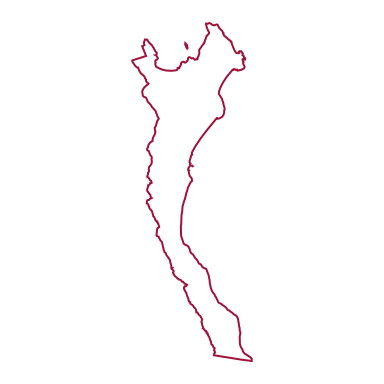 Yarrabah, Queensland, Australia
{"feature_id": "25037944B68165922230856", "entity_name": "Yarrabah", "entity_type": "district", "adm_level": 2, "iso_a3": "AUS", "parent_name": "Australia", "parent_adm1": "Queensland", "projection": "natural_earth1", "projection_center": [145.904, -17.017], "detail": "fine", "context": "isolated", "style": "outline", "palette": "rose", "viewbox_px": 384, "rotation_deg": 0, "n_neighbors": 0, "source": "geoboundaries", "source_scale": "gbopen_adm2", "svg_char_len": 5918}
<svg xmlns="http://www.w3.org/2000/svg" viewBox="0 0 384 384"><path d="M251.7,361.0L251.7,358.7L250.1,357.0L244.8,353.7L243.1,351.7L242.2,349.1L240.8,346.9L239.9,344.1L239.7,336.2L240.2,334.5L240.4,332.3L239.8,331.0L239.6,327.9L239.3,327.2L238.1,319.3L237.3,317.1L236.1,315.6L233.9,314.4L232.2,312.7L230.3,311.5L229.5,310.6L227.9,310.1L226.8,308.8L226.2,307.7L224.2,306.1L221.8,304.6L221.5,303.9L219.5,303.2L218.4,302.3L215.8,296.8L215.1,296.1L214.6,294.6L212.1,291.4L210.9,288.1L209.8,283.0L209.6,280.3L208.6,275.2L206.2,268.9L204.0,268.1L202.1,266.7L201.2,264.7L198.8,263.4L197.1,260.0L195.1,257.9L193.1,254.6L191.0,253.0L190.0,250.9L189.7,249.2L188.6,247.0L187.6,245.8L185.1,244.7L183.7,243.7L181.3,236.4L181.0,234.3L180.9,225.7L181.2,224.8L181.5,214.9L182.1,212.3L182.6,206.1L184.4,200.2L184.9,199.1L186.3,193.1L187.2,190.7L187.9,187.7L190.7,182.1L192.0,181.0L191.9,179.1L191.5,178.1L189.7,175.8L189.0,173.1L188.6,170.9L189.0,170.4L188.2,170.0L188.1,169.3L188.4,168.2L190.1,165.5L190.1,164.6L190.6,163.8L190.5,163.4L189.9,163.2L189.5,162.2L189.5,161.5L191.2,155.6L191.7,154.8L192.2,154.6L191.8,153.8L191.9,152.6L195.2,146.5L200.7,138.3L207.6,129.3L216.9,118.0L217.1,118.0L217.5,118.8L219.8,118.2L222.2,116.8L223.4,114.9L224.1,113.1L224.2,110.4L224.5,110.1L224.6,108.0L223.5,104.5L223.5,103.9L223.2,103.1L223.2,102.1L222.5,101.0L222.0,98.9L218.8,93.8L219.1,91.3L220.3,87.8L222.8,82.8L226.7,76.9L232.7,69.6L233.6,69.9L234.0,69.2L234.7,69.1L235.5,69.8L237.0,69.7L237.2,70.5L237.6,70.6L238.0,70.2L238.8,70.5L240.0,70.0L241.2,69.9L243.9,68.5L244.4,67.5L244.6,66.5L243.1,63.6L243.3,62.4L243.0,61.6L243.3,61.6L242.8,60.5L242.6,59.3L243.4,58.6L244.4,59.1L244.7,59.6L245.0,59.6L245.3,58.6L244.9,58.0L243.9,57.0L243.5,55.6L242.5,55.3L242.8,53.4L241.9,52.7L241.8,51.9L241.2,51.3L239.3,51.2L239.0,51.7L239.3,52.6L238.7,53.2L237.1,53.1L236.0,52.7L234.8,50.9L233.4,47.9L231.6,43.1L231.6,42.1L230.9,41.8L230.8,41.1L230.0,40.5L229.5,40.4L229.0,39.6L228.4,39.5L227.2,38.1L226.3,37.6L226.0,37.0L225.0,36.5L224.5,35.6L223.9,35.5L223.5,34.6L223.5,33.1L222.9,33.0L222.7,31.9L222.2,31.0L218.9,27.6L217.8,25.0L217.1,24.5L216.3,24.5L214.1,25.4L212.3,24.9L211.1,23.8L209.4,23.0L207.7,23.7L206.1,23.5L205.9,24.4L206.3,25.2L206.7,27.3L208.3,31.0L209.0,32.2L209.1,33.3L207.2,35.5L206.6,35.8L206.6,36.4L206.0,37.5L205.6,39.1L204.9,40.3L204.8,41.6L204.4,42.0L204.2,43.1L203.9,43.2L203.8,43.6L203.5,43.6L203.0,44.6L202.1,45.5L200.9,47.6L199.4,49.5L199.2,49.8L199.3,53.6L198.4,56.3L197.6,57.3L197.5,58.7L197.2,58.8L197.4,59.2L197.1,59.4L196.4,59.3L194.8,59.7L193.1,58.1L191.6,58.4L190.0,57.3L188.9,57.2L188.1,58.0L187.9,60.0L186.1,62.2L185.5,62.6L184.5,62.5L183.9,61.8L183.3,61.7L181.6,62.4L181.0,63.3L181.1,64.5L180.5,65.4L180.2,66.4L179.8,66.6L179.5,66.9L179.3,68.1L179.1,68.2L178.3,67.9L177.6,68.0L177.5,69.3L177.1,69.9L175.4,70.4L171.1,70.8L166.1,70.5L162.8,69.8L160.4,68.8L160.0,68.8L156.1,66.7L155.2,63.9L155.7,62.7L155.3,62.1L155.3,61.2L155.9,60.1L157.2,59.5L157.9,58.2L156.4,55.6L155.6,55.2L156.1,55.1L156.6,54.4L156.7,52.7L155.3,51.1L154.1,49.0L153.9,48.2L153.2,47.5L151.9,45.2L149.5,43.0L148.3,41.5L147.5,40.4L147.4,39.8L145.8,39.4L144.9,39.5L144.8,40.4L144.2,41.5L144.0,42.4L144.0,43.4L144.5,44.9L143.1,46.0L142.2,46.2L146.1,56.0L132.3,60.4L132.3,61.5L135.4,66.1L137.3,67.6L138.2,67.6L139.1,70.6L140.3,72.3L140.4,72.7L141.3,73.8L142.3,74.4L142.3,74.6L142.7,74.8L144.1,76.2L144.7,77.0L145.0,78.3L146.0,79.5L146.1,81.2L147.2,82.7L148.5,83.6L148.1,84.3L146.7,85.2L144.4,87.3L143.0,89.4L142.2,91.6L142.7,95.0L143.1,96.1L144.0,96.8L146.0,97.6L147.8,101.7L150.7,104.8L152.0,107.1L155.5,110.9L157.4,116.1L158.8,118.7L157.2,121.1L156.1,125.1L155.7,126.2L154.7,127.9L155.0,130.5L155.4,131.5L154.9,133.9L154.3,135.3L153.5,136.6L152.6,139.2L152.6,141.0L150.1,142.5L148.5,144.8L148.2,146.6L147.1,148.7L147.1,149.7L147.7,150.5L148.6,150.9L149.3,152.3L149.6,153.6L150.5,155.4L151.5,156.5L151.8,157.6L151.5,159.7L151.9,161.5L151.4,164.0L149.0,167.2L148.7,169.2L149.0,169.9L148.9,171.2L148.7,172.0L148.0,172.7L148.1,173.8L147.2,176.6L147.4,177.1L148.2,177.4L148.9,178.2L149.3,178.9L149.8,179.4L150.1,180.3L151.1,180.8L151.7,182.8L151.2,183.2L150.0,183.3L149.6,184.6L148.1,185.3L148.2,186.2L147.3,188.9L147.2,190.7L147.4,191.3L148.8,192.9L149.0,193.5L150.3,194.7L150.5,196.2L151.1,197.6L151.7,198.0L150.0,198.8L149.3,199.8L147.4,200.2L146.9,201.4L146.9,202.5L146.7,203.3L148.3,204.4L148.8,206.5L149.2,206.6L149.3,207.7L150.0,209.0L151.8,210.8L153.1,215.0L153.2,216.1L154.0,216.8L155.0,218.7L155.2,219.9L155.8,220.6L156.8,221.0L157.0,221.9L157.6,222.1L157.7,223.2L158.3,223.7L159.2,227.1L157.6,228.1L157.1,229.4L156.5,235.4L157.1,236.2L158.5,236.6L160.3,240.2L162.0,242.2L163.2,247.7L163.5,248.2L163.4,249.0L164.5,252.0L165.7,253.1L166.5,255.2L169.6,259.4L170.2,261.2L170.2,262.1L171.1,264.9L171.4,267.4L172.4,267.8L171.8,268.2L171.5,268.7L173.5,270.7L173.7,271.5L173.0,272.5L173.6,274.1L173.9,274.2L174.0,274.7L174.9,276.0L178.8,279.5L179.9,279.6L181.1,280.4L182.3,281.9L183.2,281.9L184.8,283.7L187.0,284.7L186.3,286.0L185.5,286.4L184.9,286.2L184.5,286.3L184.0,287.5L184.0,288.7L185.0,290.9L186.2,292.8L187.1,295.9L188.6,299.3L188.5,300.4L189.4,301.9L190.2,302.1L190.2,303.2L190.5,303.8L191.7,304.7L192.3,304.9L193.8,306.7L194.0,307.4L195.4,308.6L195.9,309.5L196.4,312.4L197.0,312.2L197.6,312.8L198.6,314.5L199.8,315.6L200.2,315.8L202.2,319.4L201.4,322.0L201.9,322.8L202.1,324.9L203.2,327.5L202.8,328.3L204.2,329.3L204.7,330.3L205.7,330.7L205.7,331.2L206.0,331.1L206.7,331.9L206.6,333.2L207.1,333.7L207.7,333.6L208.2,335.6L209.0,336.5L210.3,340.4L210.8,341.0L211.4,344.4L212.6,345.2L213.5,347.4L214.7,348.2L214.0,350.4L214.6,351.0L215.1,352.3L214.0,353.9L214.4,355.0L214.2,355.3L241.7,359.7L251.7,361.0ZM187.3,46.2L186.9,44.9L186.3,44.6L185.8,43.5L185.3,43.1L185.2,44.7L185.9,45.7L186.3,47.3L187.2,48.6L187.6,47.9L187.2,47.0L187.3,46.2ZM191.8,165.8L192.6,166.3L192.8,166.2L192.4,165.7L191.8,165.8Z" fill="none" stroke="#9f1239" stroke-width="2"/></svg>